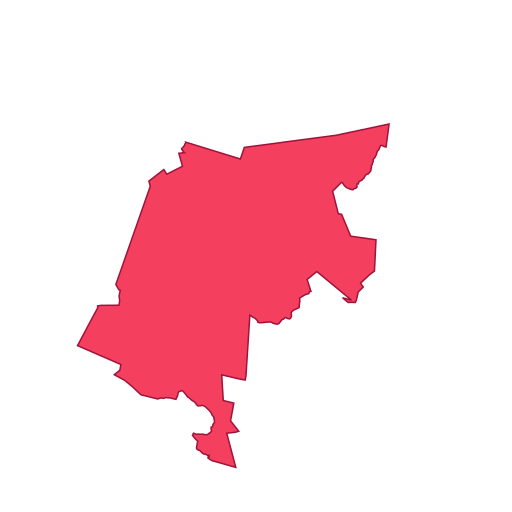 the district of San Luis del Cordero, Durango, Mexico, rotated 133°
{"feature_id": "50627088B87094166069630", "entity_name": "San Luis del Cordero", "entity_type": "district", "adm_level": 2, "iso_a3": "MEX", "parent_name": "Mexico", "parent_adm1": "Durango", "projection": "natural_earth1", "projection_center": [-104.288, 25.388], "detail": "fine", "context": "isolated", "style": "filled", "palette": "rose", "viewbox_px": 512, "rotation_deg": 133, "n_neighbors": 0, "source": "geoboundaries", "source_scale": "gbopen_adm2", "svg_char_len": 5805}
<svg xmlns="http://www.w3.org/2000/svg" viewBox="0 0 512 512"><g transform="rotate(133 256 256)"><path d="M395.9,149.1L393.9,162.2L384.3,168.3L378.7,171.9L384.0,181.4L366.3,200.0L357.8,185.1L354.1,179.3L350.8,181.4L350.5,181.6L303.5,220.1L303.3,218.7L303.0,217.4L302.8,216.4L302.3,214.6L302.2,212.9L302.3,211.3L302.5,210.5L303.2,209.3L302.2,207.7L301.0,206.4L300.1,205.6L298.9,204.6L297.7,203.6L296.7,202.7L295.7,201.7L294.7,200.8L294.0,199.7L293.7,198.6L293.5,197.6L293.1,196.7L292.5,195.6L291.7,194.5L290.8,193.5L289.5,193.2L286.8,193.4L284.8,193.6L283.7,193.0L282.8,192.7L282.0,192.9L281.1,192.7L280.7,192.0L280.6,191.4L280.1,190.1L279.1,188.5L278.1,188.3L276.3,188.8L275.2,189.5L274.6,190.3L273.5,191.6L272.3,191.8L270.3,191.7L264.4,189.3L259.6,192.9L259.2,193.0L258.9,193.3L258.7,193.6L258.3,194.0L257.9,194.4L257.5,194.8L257.3,194.9L257.1,195.1L257.0,195.3L256.8,195.4L256.5,195.3L251.2,193.8L248.2,192.2L247.6,191.7L247.4,191.8L246.8,192.1L246.4,192.3L246.0,192.4L245.5,192.4L245.1,192.1L244.7,191.9L244.4,191.7L238.3,202.6L225.9,200.9L223.2,156.0L227.5,164.2L227.2,157.0L224.4,154.1L222.2,151.6L219.8,152.5L212.6,156.7L205.5,156.4L204.6,161.0L192.3,160.2L186.2,159.1L162.3,179.3L176.9,200.3L167.1,221.9L169.0,224.6L158.3,241.1L156.5,244.1L143.8,243.7L143.6,242.6L143.7,242.3L143.6,241.9L143.9,241.0L144.2,239.9L144.3,239.0L144.2,238.5L144.3,237.9L144.2,236.8L143.9,235.7L143.6,234.5L143.1,233.3L142.5,231.9L141.9,230.8L141.3,230.2L140.5,230.2L139.8,230.2L139.4,230.0L139.0,229.6L138.5,229.3L138.0,229.1L137.6,229.1L137.1,229.1L136.4,229.3L136.2,229.7L135.8,230.2L135.6,230.5L135.4,230.7L135.1,231.0L134.8,231.2L134.3,231.2L134.0,231.0L133.8,230.8L133.5,230.3L133.3,230.3L132.7,230.8L132.3,231.0L131.9,231.1L131.4,231.2L130.7,231.2L129.7,230.9L129.0,230.5L127.7,230.2L127.0,230.4L125.3,230.1L124.4,230.5L123.4,230.8L122.7,230.8L122.2,231.0L121.2,230.9L120.6,230.7L120.2,230.5L119.8,230.1L119.3,229.9L118.6,229.9L117.9,230.0L117.3,230.0L116.5,230.0L115.9,230.0L115.2,230.3L114.5,230.8L114.1,231.0L113.6,231.4L113.1,231.5L112.8,231.7L112.5,231.9L112.2,232.3L112.1,232.6L111.4,232.9L111.0,233.1L110.2,233.3L109.7,233.5L109.1,233.9L108.8,234.0L108.4,234.3L108.0,234.4L107.6,234.4L107.1,234.7L106.6,235.0L106.3,235.3L105.9,235.7L105.5,235.9L105.0,236.2L104.4,236.3L103.7,236.2L102.9,236.2L102.1,236.4L101.6,236.6L100.9,236.8L99.9,237.0L99.4,237.2L98.8,237.7L98.1,238.0L97.4,238.3L97.1,238.5L96.4,238.7L95.5,238.6L94.9,238.7L94.2,238.8L93.8,238.9L93.3,239.1L92.8,239.3L91.9,239.7L91.6,239.8L91.2,240.0L90.7,240.0L90.2,240.1L89.9,240.0L89.6,239.7L89.3,239.3L89.1,239.0L88.9,238.5L88.9,238.1L88.8,237.7L88.6,237.2L88.4,236.6L88.1,236.1L87.6,235.2L68.7,248.7L101.7,271.8L112.6,279.4L113.0,279.7L124.4,289.1L141.7,303.4L159.5,318.0L167.8,324.8L178.8,333.9L184.5,338.6L195.7,333.6L220.6,384.9L220.7,384.6L222.2,384.4L222.5,384.4L222.8,384.4L223.0,384.3L223.8,383.8L224.6,383.6L227.2,383.6L227.6,383.6L227.9,383.6L228.3,383.5L228.6,383.3L228.8,382.8L228.8,381.9L229.0,380.9L229.3,380.5L229.2,380.2L229.3,379.8L229.5,379.6L229.5,379.4L229.4,379.0L233.5,382.5L240.5,371.0L257.0,377.0L255.6,382.4L274.3,385.4L277.1,380.9L358.9,345.0L372.4,339.1L374.2,333.4L373.7,331.8L378.5,329.0L381.8,325.1L385.5,322.7L397.9,335.8L400.5,337.8L402.2,336.3L408.2,334.8L419.1,331.9L443.3,325.4L427.5,280.8L432.4,277.7L439.5,278.7L436.5,267.2L435.9,256.9L436.0,245.5L427.5,230.2L427.1,230.1L426.2,229.7L424.4,228.5L423.2,226.5L421.3,225.6L419.7,223.6L418.4,222.2L417.1,219.7L415.4,216.8L415.2,216.9L412.7,217.7L411.2,218.3L410.1,219.0L408.9,219.7L408.0,219.9L407.3,219.6L406.3,219.0L405.3,218.5L404.7,218.0L404.7,217.0L404.7,216.1L405.7,209.7L405.3,208.5L405.3,207.3L405.4,205.9L405.3,204.8L405.2,204.0L405.1,203.4L404.9,202.3L404.6,201.1L404.8,200.5L405.0,199.4L405.2,198.3L405.3,196.8L405.1,195.9L404.3,195.4L403.4,194.4L402.3,193.8L401.5,192.8L401.1,191.5L400.8,190.3L400.8,189.7L400.7,189.1L400.8,188.3L400.9,187.6L400.9,187.4L400.8,186.8L400.8,186.2L400.8,185.4L400.9,184.6L401.2,182.3L401.2,182.0L401.3,181.5L401.5,181.3L402.0,180.4L402.2,179.7L402.3,178.8L402.5,178.1L402.5,177.4L402.6,177.1L402.8,176.8L403.2,176.5L403.3,175.9L403.5,175.5L403.8,175.4L404.2,175.1L404.4,174.7L404.7,174.2L404.9,173.9L405.3,173.6L405.7,173.3L405.9,173.0L406.1,172.8L406.3,172.7L406.7,172.8L407.0,172.8L407.6,172.7L408.1,172.6L408.5,172.6L409.0,172.3L409.8,171.8L410.5,171.5L411.5,171.9L411.8,172.1L412.1,171.8L412.6,171.4L412.9,171.0L413.2,170.6L413.5,170.5L413.8,169.8L414.3,169.2L414.7,168.9L414.9,168.9L415.1,169.0L415.6,169.1L416.3,169.1L416.9,169.2L417.4,169.3L417.7,169.5L418.5,169.6L419.3,169.7L420.2,170.0L420.7,170.6L421.0,171.1L421.5,171.6L421.8,171.9L422.2,172.6L422.4,173.3L422.8,173.8L423.2,174.2L423.5,174.4L423.9,174.6L424.3,175.1L424.9,175.9L425.2,176.3L425.5,176.6L426.0,177.2L426.5,177.5L427.2,178.2L427.4,178.6L427.7,179.6L428.0,180.5L428.1,180.8L428.7,180.9L429.4,180.5L429.9,180.0L430.3,179.7L430.6,179.8L430.6,179.5L430.8,178.1L431.0,177.1L431.1,175.5L431.2,173.2L431.3,172.2L433.2,171.2L434.1,170.5L435.1,169.9L435.7,169.5L436.7,168.8L437.0,168.6L437.4,167.7L437.6,167.3L437.5,167.0L437.5,166.9L437.5,166.7L437.4,166.4L437.3,165.9L437.1,165.5L436.8,164.9L436.7,164.5L436.6,163.9L436.7,163.2L436.7,162.6L436.7,161.9L436.8,161.6L436.7,161.2L436.7,160.7L436.6,160.2L436.4,159.9L436.5,159.4L436.3,159.2L436.2,158.8L435.8,158.3L435.7,158.0L435.5,157.5L435.2,157.1L435.0,156.3L434.9,156.2L435.0,155.3L435.0,154.8L434.8,154.7L434.1,154.6L433.7,154.5L433.7,154.3L433.8,154.1L433.9,153.9L434.1,153.8L434.4,153.7L434.8,153.6L435.0,153.6L435.0,153.8L435.2,153.7L435.5,153.1L435.8,152.9L436.1,153.1L436.4,153.4L436.6,153.0L436.5,152.7L436.2,151.8L436.2,151.6L436.2,151.0L436.2,150.7L436.0,150.1L435.9,149.5L435.6,148.4L424.4,126.6L405.6,156.5L398.7,150.7L395.9,149.1Z" fill="#f43f5e" stroke="#9f1239" stroke-width="1.5"/></g></svg>